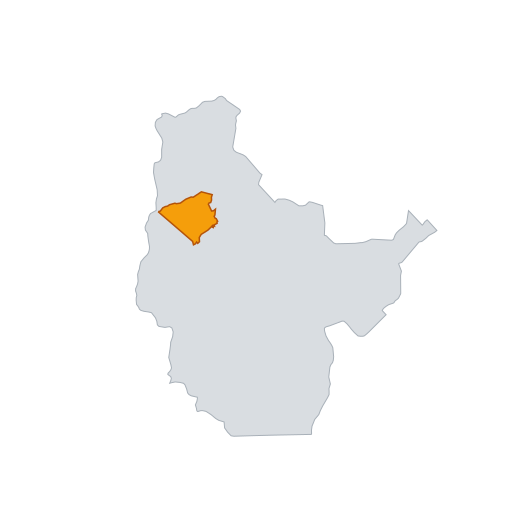 Wau, Western Bahr el Ghazal, South Sudan (highlighted), rotated 47°
{"feature_id": "79223893B74023037447504", "entity_name": "Wau", "entity_type": "district", "adm_level": 2, "iso_a3": "SSD", "parent_name": "South Sudan", "parent_adm1": "Western Bahr el Ghazal", "projection": "robinson", "projection_center": [27.449, 7.398], "detail": "fine", "context": "in_parent", "style": "filled", "palette": "amber", "viewbox_px": 512, "rotation_deg": 47, "n_neighbors": 0, "source": "geoboundaries", "source_scale": "gbopen_adm2", "svg_char_len": 4382}
<svg xmlns="http://www.w3.org/2000/svg" viewBox="0 0 512 512"><g transform="rotate(47 256 256)"><path d="M385.2,380.9L372.9,394.9L372.0,395.7L370.5,396.8L365.5,396.9L360.3,396.2L355.6,392.5L350.8,395.3L347.7,396.2L345.9,396.5L341.6,397.0L335.6,398.5L332.8,400.4L331.4,401.9L330.1,404.6L329.5,404.9L328.4,404.6L326.9,403.5L323.6,401.9L322.0,398.4L320.5,396.3L319.3,395.2L314.1,398.7L311.7,399.5L309.6,399.4L305.9,397.4L301.8,395.8L299.7,395.8L296.5,397.9L293.0,401.0L291.1,404.1L290.2,405.9L288.9,403.1L287.7,401.3L286.0,400.6L282.6,401.3L281.7,400.3L281.6,397.9L281.1,395.7L280.2,394.1L277.5,392.4L270.7,389.0L265.4,382.3L262.8,379.2L260.9,377.2L258.1,371.9L255.0,368.3L251.2,366.6L248.7,367.4L246.1,371.3L241.3,375.0L239.1,375.1L236.2,373.1L232.7,371.7L226.2,371.1L223.6,372.8L220.1,375.6L217.2,377.3L215.3,377.5L213.6,376.8L211.7,376.5L210.0,376.4L206.6,373.8L204.8,372.0L203.6,370.1L201.7,368.9L199.4,367.9L197.8,366.3L197.0,364.3L195.7,361.7L194.0,359.4L188.8,355.2L187.2,352.7L186.1,350.3L184.0,347.7L181.7,344.1L181.0,339.0L180.9,334.8L180.4,332.8L179.4,330.9L178.3,329.3L176.4,327.4L172.2,324.7L167.8,321.6L165.6,319.8L161.6,319.2L159.2,317.4L157.2,313.5L156.4,310.3L154.4,307.9L153.5,306.1L153.0,304.1L154.6,297.9L152.3,295.8L148.8,292.9L146.3,289.8L144.8,287.0L140.3,283.2L130.6,277.6L125.0,274.0L121.9,270.7L119.2,267.6L118.9,266.3L120.7,263.1L120.9,260.5L119.5,257.7L113.7,252.3L109.1,246.4L105.5,244.5L97.1,242.9L94.6,242.2L92.1,241.1L89.6,238.4L88.7,235.3L90.0,230.2L89.2,228.7L87.8,228.2L88.2,227.2L89.8,224.7L92.4,223.1L99.4,220.6L99.8,219.7L99.9,216.5L100.5,215.0L102.9,210.6L103.3,208.9L103.4,205.1L103.7,203.4L104.4,202.1L106.3,200.0L107.0,198.7L107.3,195.8L107.1,190.2L108.1,187.9L112.5,182.8L113.7,180.5L114.1,178.5L114.0,176.4L114.3,174.3L115.6,172.3L116.7,171.7L120.0,171.1L122.2,171.5L137.7,168.0L139.5,168.5L140.3,170.5L140.2,173.9L140.5,175.5L141.3,176.6L143.8,178.2L145.5,180.8L146.4,181.8L148.9,183.6L160.4,198.7L163.6,200.1L166.8,199.6L173.1,196.5L176.2,195.7L198.1,196.6L200.6,196.1L204.0,203.7L205.6,205.5L229.7,205.6L229.2,203.4L229.5,201.0L233.7,196.4L234.3,195.8L238.0,193.6L241.7,192.1L248.6,190.4L251.2,187.6L252.6,185.1L252.6,180.2L253.5,179.4L255.2,178.2L263.2,173.8L264.6,172.9L278.8,183.1L286.9,191.3L287.3,191.7L287.8,191.8L288.2,191.5L288.5,191.1L289.5,190.8L292.9,190.7L299.4,190.3L301.5,189.3L314.4,174.8L317.7,170.2L318.6,169.3L320.4,166.0L322.4,160.3L322.8,159.7L336.9,146.1L337.4,145.0L337.6,144.2L335.4,139.6L334.9,137.3L334.8,133.7L335.2,128.2L335.0,124.7L334.8,123.7L334.7,123.5L326.8,113.5L346.8,113.4L346.8,112.2L346.7,111.8L346.4,110.6L346.1,109.0L346.1,108.1L346.3,107.3L346.3,106.8L346.2,106.4L346.2,106.2L346.3,106.1L360.7,106.3L360.5,109.1L358.8,115.8L358.9,119.7L358.5,124.3L358.0,125.6L357.2,126.7L357.0,127.3L357.0,127.8L360.1,153.2L359.9,154.3L359.1,155.9L358.9,156.4L358.9,156.8L359.2,157.1L365.8,159.8L366.2,160.0L366.4,160.2L368.8,163.5L382.0,175.6L382.4,176.2L383.8,180.0L384.0,180.6L384.0,181.5L384.0,182.2L383.7,184.5L383.8,185.5L384.0,186.1L384.2,186.9L384.2,187.2L384.1,187.7L382.1,192.1L381.5,195.2L381.3,197.9L381.5,199.4L381.7,200.4L381.9,200.7L382.0,200.9L387.7,200.9L387.7,202.3L388.5,225.3L388.5,227.9L388.3,231.1L387.7,232.4L386.1,234.2L384.1,235.9L379.0,236.3L374.7,236.2L371.7,235.9L367.6,235.7L363.7,236.1L362.3,237.5L357.3,249.7L355.7,252.8L355.3,254.5L355.8,255.6L357.8,257.1L362.2,259.3L367.2,260.6L370.9,261.1L373.5,261.7L375.5,262.4L382.6,267.9L384.9,270.5L386.2,272.8L386.5,275.2L387.6,277.7L394.1,285.3L400.3,288.9L402.7,293.0L405.0,295.0L407.2,297.1L408.4,300.3L411.1,309.4L412.9,314.3L414.8,318.2L415.6,324.6L417.0,327.5L418.6,331.0L421.1,334.1L423.8,336.5L424.2,337.2L397.4,367.1L385.2,380.9Z" fill="#d9dde1" stroke="#a8b0b8" stroke-width="1"/><path d="M171.8,252.2L170.2,261.8L168.6,263.2L166.6,268.6L165.7,275.3L163.5,278.5L162.1,279.3L159.5,284.3L159.2,286.7L158.0,288.6L157.2,291.4L157.9,295.4L157.2,296.6L157.5,297.3L176.5,295.2L202.1,292.4L205.2,294.1L205.8,292.0L205.3,289.9L207.0,290.0L207.0,287.6L203.8,284.9L202.8,281.3L204.3,273.4L204.2,268.6L206.1,267.9L205.5,266.9L204.1,267.5L204.1,266.5L205.7,265.9L204.7,265.3L205.6,262.2L204.5,261.4L204.5,260.4L201.6,259.6L200.4,260.1L198.4,259.5L198.0,258.1L194.1,253.7L193.9,256.3L192.8,257.8L185.6,255.5L185.2,254.1L186.0,252.7L184.8,250.4L182.6,248.5L181.3,246.2L171.8,252.2Z" fill="#f59e0b" stroke="#b45309" stroke-width="1.5"/></g></svg>